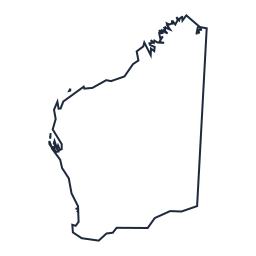 SVG path tracing the border of Western Australia
{"feature_id": "AUS-2651", "entity_name": "Western Australia", "entity_type": "State", "adm_level": 1, "iso_a3": "AUS", "parent_name": "Australia", "parent_adm1": "", "projection": "albers", "projection_center": [121.445, -24.431], "detail": "medium", "context": "isolated", "style": "outline", "palette": "slate", "viewbox_px": 256, "rotation_deg": 0, "n_neighbors": 0, "source": "natural_earth", "source_scale": "10m", "svg_char_len": 1792}
<svg xmlns="http://www.w3.org/2000/svg" viewBox="0 0 256 256"><path d="M197.1,206.1L181.5,211.5L170.1,211.1L154.8,218.0L147.7,228.0L116.6,227.8L112.8,232.7L106.5,233.5L98.7,240.6L81.6,238.2L72.9,232.4L72.3,224.8L75.7,225.8L78.6,221.9L78.0,206.2L71.5,193.3L68.8,178.4L62.1,168.1L60.2,159.8L51.5,147.9L52.7,148.8L52.8,146.2L53.2,149.1L53.8,150.3L53.4,146.3L55.6,152.1L58.4,151.5L53.8,143.3L54.5,140.9L56.9,148.1L58.0,145.4L59.8,150.0L61.7,149.1L61.7,144.1L52.7,129.4L55.7,119.0L54.0,109.8L57.4,101.7L58.6,108.7L60.6,108.5L63.3,101.5L83.7,86.7L84.3,88.6L92.4,87.9L106.2,80.2L111.1,81.1L124.5,76.4L133.0,64.1L138.4,60.5L136.7,51.4L143.3,46.4L144.3,42.5L150.7,55.1L151.0,48.6L154.2,51.1L154.7,47.0L150.2,45.1L149.4,43.4L152.3,42.8L150.9,40.1L153.8,42.8L154.4,40.6L157.5,42.5L164.1,42.9L159.3,41.9L162.8,36.5L160.3,38.4L159.2,33.4L162.4,33.0L162.2,30.6L167.5,33.5L164.0,29.7L165.8,27.8L170.1,29.6L167.2,25.3L171.9,23.5L172.0,20.3L172.4,24.4L173.4,22.0L175.3,24.5L177.7,20.0L176.5,17.1L179.2,20.4L179.7,18.6L180.8,17.7L182.2,17.5L182.5,20.5L186.3,15.4L198.9,26.2L197.7,27.7L196.4,34.4L197.6,31.1L199.2,33.5L198.4,29.9L201.0,29.8L200.6,27.2L206.7,28.3L197.1,206.1ZM49.3,141.0L52.0,147.8L49.4,144.0L49.3,141.0ZM70.3,88.7L70.2,90.6L69.2,90.9L70.3,88.7ZM161.3,30.5L162.1,32.1L160.1,31.7L161.3,30.5ZM166.9,23.4L168.0,23.9L167.2,24.4L166.9,23.4ZM200.4,28.2L200.9,29.8L200.1,28.0L200.4,28.2ZM197.8,29.6L198.4,30.6L198.3,31.3L197.8,29.6ZM50.2,138.7L50.1,136.4L50.5,135.8L50.2,138.7ZM50.5,134.6L50.4,135.7L50.6,133.1L50.5,134.6ZM159.6,30.8L159.9,31.2L158.9,31.1L159.6,30.8ZM165.0,27.4L165.0,28.3L164.4,27.7L165.0,27.4ZM181.7,17.1L182.1,16.8L182.7,17.1L181.7,17.1ZM75.6,208.9L76.4,208.6L76.6,208.7L75.6,208.9ZM77.7,211.1L77.8,210.9L77.9,211.1L77.7,211.1Z" fill="none" stroke="#1e293b" stroke-width="2"/></svg>